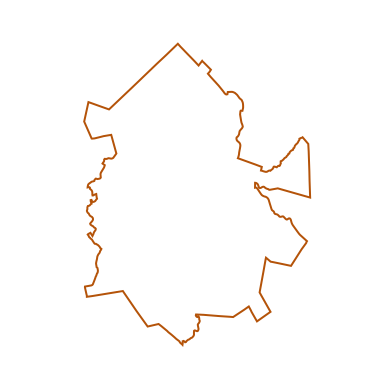 Mavoko, Eastern, Kenya, rotated 169°
{"feature_id": "3690345B67354974829393", "entity_name": "Mavoko", "entity_type": "district", "adm_level": 2, "iso_a3": "KEN", "parent_name": "Kenya", "parent_adm1": "Eastern", "projection": "natural_earth1", "projection_center": [37.054, -1.446], "detail": "fine", "context": "isolated", "style": "outline", "palette": "amber", "viewbox_px": 384, "rotation_deg": 169, "n_neighbors": 0, "source": "geoboundaries", "source_scale": "gbopen_adm2", "svg_char_len": 6034}
<svg xmlns="http://www.w3.org/2000/svg" viewBox="0 0 384 384"><g transform="rotate(169 192 192)"><path d="M89.6,120.2L89.1,121.2L88.5,121.8L94.2,129.4L94.9,130.6L96.1,133.1L99.1,139.6L99.6,140.8L99.9,141.9L100.1,142.9L100.3,145.8L100.5,146.5L100.8,147.1L101.3,147.5L101.9,147.6L102.6,147.4L103.2,147.1L103.8,146.9L104.5,147.0L105.2,147.7L106.4,149.6L107.0,150.5L107.8,150.8L109.4,150.7L110.0,150.8L110.6,151.0L111.1,151.5L111.3,152.1L111.8,152.7L112.2,153.3L112.7,153.7L113.3,154.0L114.6,154.6L115.2,155.5L115.2,156.3L115.5,157.3L116.9,158.9L117.2,160.0L117.8,165.4L118.2,169.5L118.4,170.4L119.0,171.7L119.5,172.3L120.6,173.3L121.8,173.8L123.2,174.8L124.0,175.6L124.7,176.9L125.8,179.5L127.0,182.4L127.4,183.1L127.9,183.8L128.5,184.2L129.3,184.2L128.3,189.0L127.6,188.8L126.9,188.3L126.0,187.1L125.7,185.8L125.6,184.9L125.4,183.9L125.0,183.3L124.6,182.9L123.7,182.9L122.8,183.2L122.1,183.5L121.4,183.6L120.6,183.5L120.1,183.1L119.3,182.1L118.6,181.4L117.2,180.5L116.5,180.2L115.9,179.5L115.2,179.3L107.1,179.2L101.2,176.2L77.1,164.0L74.5,180.3L72.8,190.2L69.7,209.7L68.7,217.0L73.0,224.6L73.6,224.3L74.5,224.3L75.6,224.0L76.4,223.8L76.5,223.1L76.8,222.5L77.9,221.4L78.6,220.4L79.5,219.6L81.1,218.7L81.7,218.1L82.2,217.7L82.7,216.7L83.3,215.8L84.2,215.5L84.5,214.8L84.7,214.2L85.3,213.9L86.2,213.9L87.1,213.4L88.0,212.8L88.6,212.3L88.9,211.6L89.2,211.1L90.1,211.1L90.8,210.0L92.2,209.1L92.8,208.3L94.5,207.7L95.1,207.3L96.0,206.5L96.7,206.1L97.3,205.8L98.1,205.3L99.0,205.3L99.3,204.6L99.4,203.0L100.0,202.3L100.5,201.4L101.1,200.9L101.8,201.2L102.8,201.0L103.5,200.5L104.1,200.1L104.8,200.5L106.0,201.1L106.7,201.3L107.2,201.0L107.5,200.3L108.0,199.9L108.4,199.3L108.9,199.0L109.8,198.7L110.3,198.3L111.1,197.9L111.8,198.3L112.8,198.2L113.8,197.8L114.5,197.6L115.2,197.6L116.1,197.8L118.1,198.8L118.9,199.3L120.2,199.9L118.7,203.3L124.9,207.1L140.5,216.4L140.1,217.0L139.0,219.2L138.6,220.3L138.2,221.7L137.2,224.2L136.5,225.9L136.0,227.3L135.7,228.2L135.6,229.0L135.6,229.7L135.8,230.5L136.1,231.4L137.7,233.4L138.0,234.1L138.2,234.7L138.2,235.5L138.1,236.4L137.7,237.1L136.4,237.8L135.7,238.5L135.3,239.0L134.9,239.5L134.4,240.7L134.1,241.6L133.6,242.7L132.4,243.8L130.8,245.0L130.2,245.7L129.7,246.4L129.7,247.6L129.8,248.5L130.2,250.7L130.2,252.9L130.0,259.0L129.8,259.6L129.1,261.9L128.7,262.5L127.0,262.1L125.8,264.8L125.4,266.7L125.2,268.2L125.1,269.6L125.2,270.7L125.5,272.0L125.7,272.8L126.2,273.5L126.7,274.0L127.2,274.7L127.6,275.3L128.2,276.7L129.2,278.8L130.9,281.0L132.2,282.0L133.6,282.7L136.3,283.1L137.8,283.3L138.6,281.2L139.8,281.2L140.5,281.8L141.1,282.6L142.1,284.8L145.6,291.4L151.7,301.4L153.8,305.1L151.7,306.7L150.1,308.4L152.4,311.9L155.6,316.7L156.6,318.0L157.0,318.8L161.4,314.9L164.6,320.0L171.8,331.0L173.0,332.9L175.7,337.0L177.6,340.2L191.0,331.5L202.0,324.6L216.1,315.5L226.8,308.6L235.4,303.1L257.7,288.9L265.7,293.6L273.6,298.3L276.5,300.0L284.4,281.7L280.3,263.6L279.5,263.4L277.3,263.2L271.5,263.5L268.0,263.7L260.4,263.5L258.9,244.2L260.9,242.3L262.1,241.2L262.7,240.6L263.4,240.3L264.4,240.1L265.3,240.3L266.3,240.7L267.5,241.1L268.3,241.0L269.1,240.8L270.0,240.8L271.3,241.2L272.0,240.7L272.2,239.8L272.4,239.1L272.8,238.5L273.4,238.1L274.4,237.0L272.5,235.0L273.0,234.0L273.7,232.8L277.6,228.5L278.0,227.9L278.4,227.0L278.5,226.2L278.8,223.6L279.4,223.0L280.1,222.8L280.8,222.7L282.5,222.8L283.8,223.5L284.7,223.0L285.4,222.4L285.8,221.5L286.8,221.3L287.7,221.3L288.7,221.2L290.0,220.5L290.6,220.3L291.9,219.6L292.4,219.2L292.8,218.5L293.4,217.1L293.6,216.4L292.1,216.4L291.4,215.8L291.5,214.5L290.5,213.3L290.2,212.7L289.9,211.7L290.0,209.9L290.3,208.7L290.3,207.6L289.4,207.5L288.5,207.9L287.3,208.2L286.4,208.3L286.6,204.9L286.5,203.5L287.4,202.9L288.7,201.6L289.8,201.2L290.7,201.1L291.3,201.2L291.8,201.8L292.2,203.4L293.0,203.4L293.2,202.3L292.8,199.7L293.5,199.5L294.0,199.1L295.1,198.3L295.9,198.1L296.9,198.1L297.6,197.0L297.8,196.0L298.1,194.8L298.5,194.2L298.8,193.5L298.5,192.0L298.0,191.1L297.5,190.6L296.9,188.6L296.4,187.9L294.9,186.5L294.4,185.6L294.3,184.6L294.5,183.7L295.0,183.0L295.7,182.3L296.6,181.6L297.3,181.1L298.0,180.4L297.9,179.5L297.3,178.7L296.8,178.2L295.7,177.3L294.8,175.8L294.0,175.2L293.5,174.4L293.7,173.5L294.1,172.9L294.5,172.5L295.1,172.0L296.1,170.9L296.4,170.3L296.7,169.7L298.1,167.8L299.5,171.3L302.0,170.5L302.5,170.1L301.9,169.0L301.7,167.7L301.3,167.0L300.8,166.5L300.5,165.7L299.7,164.9L299.2,164.2L298.9,163.2L298.6,162.6L298.0,161.0L297.4,159.8L296.1,159.4L295.8,158.9L295.1,158.5L294.6,158.0L294.1,157.4L293.2,156.0L292.9,155.2L292.7,154.5L292.2,153.9L291.8,153.5L292.1,152.9L292.8,152.2L293.4,151.6L293.7,151.0L294.3,150.0L295.0,149.3L295.8,148.7L297.0,147.1L297.4,146.3L298.0,144.5L299.1,142.1L299.8,140.3L299.9,138.8L299.9,137.6L300.0,136.5L299.3,135.5L299.3,134.0L299.4,132.6L299.7,131.7L300.1,130.7L300.8,130.2L301.7,128.6L302.0,128.0L302.5,127.5L302.9,126.9L303.3,126.1L304.4,124.3L307.0,120.2L307.8,119.7L308.6,119.5L315.1,119.6L315.3,118.8L315.1,111.7L315.0,110.4L315.2,109.2L310.0,108.9L286.6,108.2L278.8,108.0L269.2,85.8L261.2,68.4L250.0,68.8L247.7,66.2L246.4,64.6L244.5,62.3L243.1,60.6L242.6,59.9L242.1,59.1L241.7,58.6L239.4,55.9L236.8,52.6L235.5,50.8L233.6,48.7L232.9,47.9L232.7,47.1L232.0,45.7L231.5,45.2L231.0,44.6L230.5,43.8L230.1,44.9L229.9,45.9L229.6,47.3L228.6,47.4L227.4,45.8L226.6,45.9L226.0,46.6L224.0,47.7L223.1,47.8L222.5,48.0L221.8,48.4L221.1,48.8L219.9,49.0L219.2,49.4L218.6,49.9L217.8,50.6L217.3,51.5L217.0,53.2L216.8,54.2L216.4,55.4L215.6,55.6L213.8,54.5L213.1,54.4L212.5,54.8L211.9,55.8L211.7,56.4L211.7,57.3L211.7,58.6L211.7,59.7L211.6,60.7L211.0,61.5L210.3,62.0L209.7,62.7L209.2,63.4L209.0,64.0L209.1,64.8L209.2,65.7L209.0,66.6L209.0,67.8L209.8,68.6L210.5,68.2L211.2,68.6L211.6,69.3L211.8,70.1L211.4,71.0L204.0,69.2L188.2,64.8L178.3,62.2L175.5,61.4L163.4,66.4L158.1,68.8L156.8,64.6L156.4,62.9L152.9,52.6L137.8,59.4L143.8,77.4L144.8,80.5L137.5,99.1L132.4,112.3L131.9,113.4L128.1,108.6L125.8,107.7L116.7,103.9L108.9,100.6L102.7,107.1L95.4,114.8L89.6,120.2Z" fill="none" stroke="#b45309" stroke-width="2"/></g></svg>